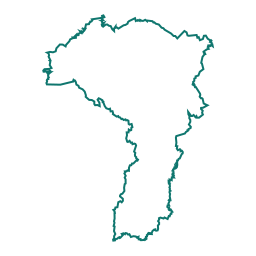 Tuxpan, Jalisco, Mexico
{"feature_id": "50627088B31771995002719", "entity_name": "Tuxpan", "entity_type": "district", "adm_level": 2, "iso_a3": "MEX", "parent_name": "Mexico", "parent_adm1": "Jalisco", "projection": "natural_earth1", "projection_center": [-103.456, 19.437], "detail": "fine", "context": "isolated", "style": "outline", "palette": "teal", "viewbox_px": 256, "rotation_deg": 0, "n_neighbors": 0, "source": "geoboundaries", "source_scale": "gbopen_adm2", "svg_char_len": 5808}
<svg xmlns="http://www.w3.org/2000/svg" viewBox="0 0 256 256"><path d="M113.3,240.6L115.0,240.4L115.6,239.1L117.3,238.7L118.4,237.6L119.4,237.2L119.8,238.0L120.3,237.8L122.8,235.1L121.8,233.9L123.4,233.3L125.0,234.2L125.5,233.1L126.8,233.3L128.1,234.6L129.4,234.2L130.9,237.0L133.4,236.2L135.9,236.5L136.6,237.3L138.3,236.8L137.9,237.9L138.5,237.9L138.7,239.3L140.4,239.1L140.3,239.9L140.8,240.2L143.6,240.0L144.3,239.4L144.9,240.0L146.5,238.8L146.2,237.8L145.6,238.1L145.9,236.8L147.0,236.4L146.9,235.0L148.4,234.3L148.0,233.5L148.6,232.9L150.1,233.1L150.3,234.0L151.8,234.1L151.6,233.3L152.5,231.0L154.1,229.6L155.0,229.4L154.8,230.1L156.1,230.7L157.6,230.4L158.1,228.9L157.9,225.5L159.1,224.2L159.1,222.5L158.1,221.1L159.2,219.4L159.0,218.2L160.4,217.6L163.6,218.5L164.5,217.5L167.6,219.0L168.8,216.0L169.7,216.2L170.6,213.8L171.4,213.8L171.6,212.0L172.3,211.8L170.8,209.6L170.0,210.3L169.2,210.0L169.5,209.1L168.7,208.9L169.0,207.6L168.5,207.9L167.3,206.9L167.6,205.4L169.0,205.1L168.4,203.6L169.7,200.8L168.8,200.2L169.8,199.1L170.3,199.4L169.7,196.3L170.1,193.9L169.5,192.5L169.6,191.3L170.5,190.8L169.7,189.7L169.9,188.4L169.4,187.3L169.9,186.7L169.8,184.5L169.1,183.9L169.7,183.3L168.7,182.7L168.6,181.1L169.4,181.5L169.5,179.7L170.3,180.3L170.8,179.6L171.7,180.1L171.8,177.4L173.9,177.5L172.4,175.3L173.1,176.0L173.9,175.6L173.4,174.5L172.4,174.4L172.6,173.4L173.6,173.2L173.4,171.1L172.7,170.8L173.2,170.4L173.0,169.7L174.0,168.3L174.1,168.9L174.8,168.7L174.5,167.5L175.6,167.4L175.5,166.8L176.3,167.8L176.8,167.3L177.1,165.9L176.5,166.0L176.8,165.3L176.3,165.1L176.8,164.3L175.9,163.7L176.3,162.9L177.2,163.3L177.1,160.5L178.0,160.4L178.6,158.9L179.8,158.4L181.7,154.1L182.6,153.5L182.8,152.1L182.0,150.9L180.6,151.3L180.6,149.8L179.9,149.2L177.9,150.2L176.8,148.6L177.3,146.2L175.9,146.0L176.4,142.8L175.9,137.6L176.3,136.1L184.9,133.5L185.9,132.0L187.7,130.9L187.5,130.2L188.5,129.9L188.5,129.1L190.6,128.0L190.8,126.8L188.9,124.5L190.3,121.9L190.3,119.9L189.3,118.2L189.4,116.0L188.4,114.3L188.2,111.9L191.2,116.0L192.3,116.0L193.6,115.0L195.5,117.2L196.4,116.2L196.9,117.7L199.0,117.7L202.9,114.6L202.1,112.8L202.7,110.7L201.0,108.9L201.1,107.9L203.1,107.7L207.5,105.3L203.7,103.5L202.6,98.7L201.8,98.1L201.0,98.3L199.7,96.7L200.3,94.9L200.0,93.6L195.8,87.0L195.0,87.1L194.5,84.7L194.3,84.4L194.1,85.5L193.0,84.8L193.5,84.5L192.9,83.5L193.4,82.8L193.1,82.0L194.3,80.8L194.3,78.6L195.7,77.9L195.6,76.4L198.4,75.5L199.8,71.8L203.4,69.1L201.9,63.5L201.2,62.9L202.5,56.9L204.4,54.4L205.3,54.1L204.8,53.0L203.8,52.8L203.5,51.7L206.9,49.3L208.6,48.9L208.2,48.4L208.6,47.1L207.8,46.9L208.3,45.4L210.1,45.9L210.1,45.3L211.2,45.1L212.7,46.2L212.3,44.2L211.6,43.9L211.6,42.6L210.2,42.0L211.4,40.6L211.0,40.2L210.1,41.0L209.8,40.1L207.7,38.7L205.8,35.6L203.9,35.8L202.9,39.0L199.9,40.2L198.7,37.1L197.4,37.7L196.6,35.0L188.8,35.8L187.5,35.4L186.6,32.4L184.4,31.0L177.3,38.4L175.3,36.0L173.6,36.0L171.1,33.5L164.6,29.7L163.4,28.2L161.6,27.7L158.8,24.5L155.8,23.7L154.3,22.3L153.4,22.5L152.5,21.2L146.9,20.5L146.9,21.1L145.2,19.8L143.4,20.8L142.0,20.9L140.1,19.9L139.8,20.9L138.8,20.3L138.0,20.7L137.7,20.1L135.8,21.0L135.0,18.2L129.1,21.1L127.9,22.2L127.6,23.6L125.5,24.9L123.6,25.3L118.4,28.6L116.8,27.4L115.6,27.8L115.6,26.4L114.0,28.7L114.1,31.0L112.3,29.3L110.7,26.1L108.8,25.7L107.3,24.5L105.7,24.6L102.4,27.2L103.9,25.4L102.0,25.6L101.8,24.6L103.1,24.2L104.0,22.8L102.4,23.5L101.9,21.4L102.4,20.8L101.7,20.6L103.1,20.2L101.9,19.1L102.4,18.1L104.4,17.1L103.4,15.4L102.2,15.8L102.5,16.4L101.9,17.3L100.8,18.0L92.0,19.3L92.5,20.0L91.6,21.3L90.2,21.6L90.3,22.2L89.4,22.8L89.0,24.1L86.0,24.4L85.3,27.4L85.6,28.1L83.4,28.9L84.9,29.6L84.4,30.4L83.6,29.7L83.8,30.4L82.7,32.5L82.3,32.7L82.4,32.0L81.7,31.5L81.6,33.0L81.2,32.8L81.1,31.9L80.1,31.4L80.9,32.6L78.6,33.7L78.5,35.1L76.7,35.3L76.6,34.5L74.5,36.6L75.9,37.0L75.9,37.8L73.1,38.1L72.4,37.6L72.3,38.4L70.1,39.4L69.4,41.2L66.1,44.8L65.6,46.4L62.8,44.6L59.9,44.5L56.4,48.3L55.7,51.3L53.0,52.3L50.0,51.9L47.2,52.6L48.6,53.4L49.1,55.4L48.6,56.6L50.4,60.3L49.7,60.6L50.4,61.2L49.7,65.1L51.5,68.0L49.3,68.9L44.5,69.2L43.3,70.6L43.6,71.7L44.4,71.7L44.2,70.7L46.4,71.4L47.1,72.6L47.5,71.5L48.4,72.0L49.3,70.7L50.3,71.0L50.3,72.1L50.9,72.1L48.8,73.7L48.0,75.9L48.8,77.5L48.0,78.1L48.3,79.1L47.2,79.5L46.8,80.3L47.1,81.6L46.4,83.0L46.9,84.4L60.3,84.7L72.9,81.6L73.4,80.2L73.8,80.8L74.1,80.2L74.8,80.7L74.7,80.0L75.8,82.0L76.4,84.6L78.5,85.8L79.1,87.7L82.6,89.3L84.7,91.6L85.9,95.3L85.7,96.8L89.2,99.9L91.8,100.0L94.3,101.5L94.3,104.0L95.1,105.2L97.4,105.0L99.7,106.1L99.4,102.7L97.6,99.7L98.7,98.3L99.9,98.8L102.2,100.1L102.1,100.6L103.3,101.5L102.8,102.3L103.5,102.8L104.7,106.0L106.3,108.3L108.9,109.2L110.0,108.7L110.6,111.4L112.5,111.2L113.1,113.2L112.9,114.1L116.7,116.6L118.2,116.1L118.7,117.2L120.0,117.4L121.4,119.1L122.4,118.8L123.7,120.0L125.5,119.4L126.1,120.4L127.2,120.1L128.4,120.7L128.7,124.0L129.5,124.6L131.6,124.0L132.4,127.1L131.4,127.6L131.2,130.1L130.1,130.5L128.8,129.6L128.5,132.4L126.7,132.4L127.0,135.3L126.2,138.3L127.2,141.7L127.9,142.0L129.6,140.8L130.7,142.7L132.0,142.5L132.5,144.2L134.4,143.6L135.4,144.0L136.1,145.5L134.1,151.6L135.3,152.9L134.9,154.7L135.2,156.3L136.2,157.1L136.2,158.3L138.0,159.7L137.4,160.7L136.2,160.6L133.4,163.5L132.0,163.5L131.3,165.2L129.9,165.3L129.0,167.7L128.9,170.8L127.4,170.4L126.8,171.2L124.9,171.4L125.3,172.3L124.4,173.4L125.7,175.8L124.7,177.6L125.6,179.4L125.6,182.6L125.6,183.5L124.7,184.1L124.1,187.7L124.4,191.0L122.4,193.7L120.8,194.3L120.0,195.7L120.0,196.4L122.8,198.7L122.9,200.8L121.7,202.3L120.3,201.2L118.3,202.2L117.4,207.2L115.4,207.5L115.0,209.3L113.4,209.9L114.6,211.5L114.9,213.0L114.5,213.1L114.6,218.7L114.0,221.3L114.5,222.8L113.6,226.0L114.6,226.5L114.0,231.1L115.3,234.0L114.1,236.2L114.2,238.0L113.1,239.6L113.3,240.6Z" fill="none" stroke="#0f766e" stroke-width="2"/></svg>